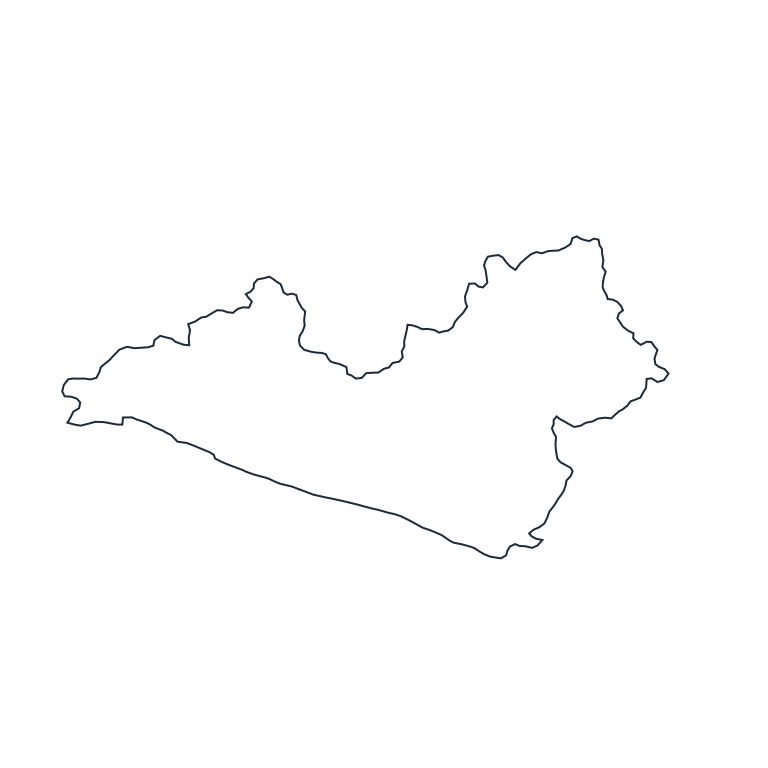 Além Paraíba, Minas Gerais, Brazil (Natural Earth projection), rotated 46°
{"feature_id": "56859067B92322164563840", "entity_name": "Além Paraíba", "entity_type": "district", "adm_level": 2, "iso_a3": "BRA", "parent_name": "Brazil", "parent_adm1": "Minas Gerais", "projection": "natural_earth1", "projection_center": [-42.758, -21.827], "detail": "fine", "context": "isolated", "style": "outline", "palette": "slate", "viewbox_px": 768, "rotation_deg": 46, "n_neighbors": 0, "source": "geoboundaries", "source_scale": "gbopen_adm2", "svg_char_len": 4017}
<svg xmlns="http://www.w3.org/2000/svg" viewBox="0 0 768 768"><g transform="rotate(46 384 384)"><path d="M572.5,185.9L575.6,180.1L574.2,172.1L568.2,171.8L562.8,174.3L558.3,175.0L553.8,172.0L551.6,168.0L549.5,163.7L544.8,163.4L539.6,162.5L536.1,165.6L534.2,172.1L529.2,173.0L524.2,173.0L520.8,169.3L515.6,171.3L508.9,172.3L503.4,171.3L498.8,170.5L496.5,166.1L497.0,160.9L492.2,159.2L486.8,159.2L482.3,160.8L478.3,164.1L474.8,162.2L470.9,161.2L466.5,159.7L463.2,156.1L459.9,151.6L457.3,146.5L451.6,145.7L447.3,140.2L442.1,136.8L438.0,133.3L434.0,132.6L429.2,129.4L425.1,132.2L423.9,136.9L419.7,139.8L416.2,141.6L411.8,142.7L410.0,147.1L412.9,152.6L411.7,158.9L409.1,165.8L405.0,170.5L402.3,173.8L399.6,179.7L394.9,182.8L392.8,188.0L392.2,194.4L391.9,202.3L393.2,210.2L386.6,211.7L380.4,211.4L375.4,210.7L370.9,212.0L367.5,216.4L364.6,220.8L366.1,225.9L368.2,229.7L372.7,231.9L377.1,235.0L382.9,239.3L383.3,245.7L379.5,248.4L375.0,248.7L371.0,253.1L374.6,259.5L377.3,264.9L381.8,268.6L386.2,270.5L387.8,277.7L388.0,284.6L388.6,289.8L390.9,294.9L390.1,300.9L387.6,304.5L385.4,308.6L380.1,310.3L374.6,314.4L370.9,318.6L365.9,320.4L361.3,323.0L357.8,325.9L360.9,330.0L364.2,335.1L367.6,340.2L370.9,343.0L373.0,348.7L377.9,352.1L378.5,357.5L374.8,363.2L375.6,368.8L373.0,373.5L371.8,380.2L368.1,384.2L363.8,389.3L364.2,395.7L360.5,400.6L355.4,401.4L351.3,403.4L345.8,399.3L338.9,402.0L334.2,405.1L330.5,406.8L326.5,406.4L322.2,405.1L318.4,407.2L314.6,410.7L310.4,413.9L304.0,417.7L297.9,417.7L293.7,415.1L290.7,411.0L289.7,406.3L287.0,400.6L282.9,397.4L280.2,394.2L277.1,390.3L272.1,390.3L267.8,389.1L263.6,388.0L259.1,385.3L255.0,387.5L252.6,391.5L248.5,392.7L244.6,390.8L240.4,389.0L235.8,390.2L231.6,390.8L227.1,392.0L224.5,396.9L220.9,402.3L221.4,407.8L224.5,411.2L224.9,415.7L223.4,421.0L228.2,421.6L232.9,421.8L235.3,428.0L230.7,432.4L228.3,437.3L227.9,443.2L223.7,446.7L218.8,449.2L215.0,452.9L213.4,459.4L212.1,465.2L209.2,469.3L207.8,476.7L204.9,483.3L210.5,486.1L215.2,492.4L220.8,497.2L216.9,500.6L212.7,502.8L208.6,504.8L204.3,505.1L199.7,508.0L193.9,511.5L193.0,518.6L196.2,523.3L193.7,528.2L189.3,533.4L185.0,538.5L178.6,543.2L175.5,550.4L175.7,558.8L176.1,564.9L175.5,571.1L175.2,576.2L177.6,580.2L179.8,586.6L176.8,592.0L172.0,595.7L167.4,600.6L164.0,603.9L161.2,608.0L162.3,615.1L165.8,620.6L171.0,622.3L175.7,617.9L181.3,615.1L186.3,615.4L189.6,620.1L188.1,626.7L190.4,633.0L191.9,638.6L197.6,635.2L203.2,631.2L206.0,626.4L210.7,617.9L216.9,611.9L224.1,606.8L228.1,603.9L231.4,600.4L226.8,595.0L232.8,588.6L238.0,586.4L241.7,584.4L247.7,581.4L251.6,580.2L255.4,579.4L259.3,577.7L263.6,575.6L267.4,574.5L273.1,572.6L277.7,572.6L282.1,572.6L289.3,566.9L296.8,563.4L304.7,560.0L311.7,556.9L316.6,555.6L320.4,557.3L326.5,555.1L330.3,553.6L336.3,550.9L347.5,545.5L351.2,544.2L358.6,540.5L364.9,536.8L368.5,534.6L372.7,532.4L377.6,530.6L383.3,528.2L393.6,521.6L414.5,511.7L424.7,505.0L430.3,501.1L440.2,494.5L452.2,486.9L457.0,484.1L465.0,479.2L470.0,475.9L473.8,473.7L479.7,470.3L484.9,466.8L490.9,463.7L499.8,460.5L505.2,458.8L508.9,457.7L514.7,455.8L520.1,452.9L526.9,449.9L533.0,447.4L541.8,445.7L546.2,444.3L553.5,439.3L560.9,434.9L565.2,432.9L571.0,431.6L576.0,430.2L582.0,427.5L586.0,424.5L590.6,421.0L592.1,415.1L589.8,411.3L588.4,406.5L590.2,400.9L594.6,399.0L599.1,394.9L604.8,391.3L606.8,385.8L606.2,378.5L600.7,382.2L596.3,383.6L592.3,383.4L592.7,377.7L595.0,371.5L595.7,365.4L593.6,359.7L590.7,353.8L589.9,348.1L589.0,343.2L587.6,338.6L586.8,333.3L585.7,328.9L583.4,324.3L580.2,319.8L579.9,313.6L577.8,309.0L574.1,308.0L568.3,309.7L563.2,311.4L558.2,311.2L554.7,308.9L551.0,306.3L546.8,302.8L541.6,297.1L536.1,295.5L532.5,294.0L530.8,289.8L527.8,287.1L527.2,282.4L531.9,281.7L535.8,280.4L540.8,279.0L547.0,277.0L550.5,271.8L552.0,265.9L555.8,260.0L557.6,254.0L562.0,248.2L566.6,244.4L566.7,239.0L566.9,234.1L568.1,229.7L568.6,223.5L567.7,218.8L569.8,214.1L571.9,209.0L570.2,203.8L568.8,198.2L565.9,194.9L562.8,191.6L565.9,187.5L572.5,185.9Z" fill="none" stroke="#1e293b" stroke-width="2"/></g></svg>